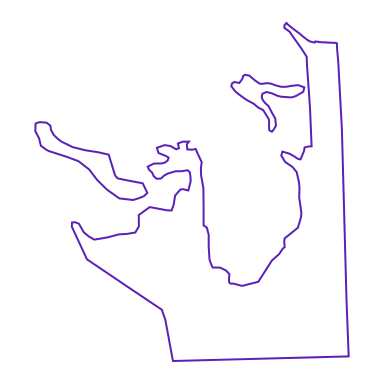 the district of Al-Ganoub, Bur Sa`id, Egypt
{"feature_id": "37247803B91562573257971", "entity_name": "Al-Ganoub", "entity_type": "district", "adm_level": 2, "iso_a3": "EGY", "parent_name": "Egypt", "parent_adm1": "Bur Sa`id", "projection": "albers", "projection_center": [32.225, 31.141], "detail": "fine", "context": "isolated", "style": "outline", "palette": "violet", "viewbox_px": 384, "rotation_deg": 0, "n_neighbors": 0, "source": "geoboundaries", "source_scale": "gbopen_adm2", "svg_char_len": 3048}
<svg xmlns="http://www.w3.org/2000/svg" viewBox="0 0 384 384"><path d="M348.7,356.4L346.5,300.0L341.9,129.4L338.2,60.8L337.2,50.3L337.0,47.4L337.0,46.6L336.9,45.4L336.9,44.3L336.9,44.2L337.0,44.0L337.1,43.8L337.1,43.7L336.9,43.7L336.7,43.3L336.2,43.0L335.8,42.9L333.3,42.8L328.8,42.6L326.3,42.5L325.8,42.3L325.0,42.2L324.2,42.5L322.4,42.3L320.1,42.1L318.2,41.9L318.1,41.7L317.9,41.7L317.7,41.7L316.5,41.7L316.4,41.6L316.0,41.5L315.6,41.6L315.2,41.5L315.0,41.9L314.7,42.5L314.3,42.6L309.3,41.2L306.6,39.3L304.4,37.6L303.2,36.7L300.1,34.0L294.5,29.8L293.3,28.9L288.3,24.9L287.2,24.0L287.0,23.4L286.4,23.0L284.5,25.0L284.3,27.8L289.5,31.6L294.4,38.7L301.4,48.5L306.7,56.8L307.0,65.2L310.0,107.8L311.6,146.3L307.9,146.6L304.6,147.5L304.0,151.1L300.5,159.4L297.8,158.8L294.6,156.6L289.5,153.7L282.4,151.6L281.3,155.5L285.1,161.9L292.5,167.0L296.7,172.1L299.0,182.4L299.5,188.0L299.2,197.3L301.4,213.0L301.0,217.1L297.9,227.7L289.9,234.2L284.6,238.4L284.2,242.1L284.7,247.0L282.6,248.9L279.2,254.0L271.9,260.5L258.3,281.8L242.1,285.9L233.4,283.6L230.4,283.6L229.1,282.1L229.0,278.7L229.4,274.2L226.1,270.5L220.0,267.6L212.6,267.5L210.8,263.4L209.5,259.5L208.7,246.6L208.7,234.8L206.9,227.7L203.6,225.4L203.6,208.4L203.4,188.3L201.1,175.3L200.9,168.3L201.7,162.1L197.5,153.3L195.7,149.0L192.3,149.7L187.3,149.4L186.8,144.4L188.9,141.6L182.6,141.7L177.9,143.5L179.0,148.2L176.2,149.3L170.6,146.1L164.7,145.1L156.9,147.8L158.5,153.0L166.1,156.1L168.6,157.6L167.7,160.4L165.1,162.5L162.1,163.4L153.7,163.6L147.7,166.7L149.0,169.7L152.1,172.6L153.8,176.3L156.7,178.8L161.0,178.5L164.2,175.5L167.9,173.5L175.5,171.3L182.1,171.2L187.5,170.2L189.8,172.2L190.4,176.2L190.7,181.2L188.3,190.5L183.3,189.2L180.4,189.5L175.1,195.6L173.7,204.6L171.6,210.5L166.8,210.3L160.6,209.1L149.7,207.1L138.8,215.0L138.9,226.4L135.3,232.5L126.9,233.9L118.9,234.4L107.9,237.3L101.2,238.5L94.3,239.6L88.6,236.3L83.8,232.3L78.9,223.7L74.8,222.2L72.0,222.5L71.8,226.6L86.9,259.2L86.9,259.3L131.8,289.6L161.9,309.8L165.4,320.1L172.1,356.5L173.0,361.0L348.7,356.4ZM138.3,198.4L143.9,196.2L147.3,192.9L142.7,183.3L127.9,180.5L117.7,178.4L115.1,175.5L108.7,154.6L97.9,152.2L84.9,150.2L72.7,147.1L61.4,141.6L57.4,138.5L53.7,134.9L51.0,129.9L50.4,125.6L46.6,122.7L39.7,122.1L35.6,123.5L35.3,131.2L39.0,138.1L40.9,145.8L46.1,149.6L48.9,151.1L67.0,156.9L78.5,161.2L89.2,169.5L97.2,180.0L106.8,189.5L119.3,198.4L133.1,200.0L138.3,198.4ZM254.8,80.3L249.3,75.6L244.8,74.8L242.9,76.3L242.7,78.1L241.2,80.5L239.3,83.0L234.5,82.0L232.1,83.3L231.3,86.2L235.0,91.1L238.8,94.3L245.3,99.1L248.6,101.0L253.8,103.8L258.0,107.4L263.2,110.1L266.5,115.4L268.7,118.9L269.2,122.1L269.0,124.9L269.1,128.5L269.3,130.3L271.9,131.7L273.9,129.3L276.0,125.5L275.2,118.4L272.1,113.0L268.4,106.0L264.6,102.5L262.4,99.3L261.7,96.8L262.4,93.8L266.5,92.0L272.1,93.4L277.1,95.7L281.2,96.7L288.8,97.3L292.3,97.3L296.2,95.9L301.1,93.0L303.3,91.7L304.3,87.4L298.2,85.1L291.3,85.9L286.1,86.8L281.1,86.8L275.7,85.4L270.5,83.5L266.4,83.2L261.4,83.9L259.4,83.5L254.8,80.3Z" fill="none" stroke="#5b21b6" stroke-width="2"/></svg>